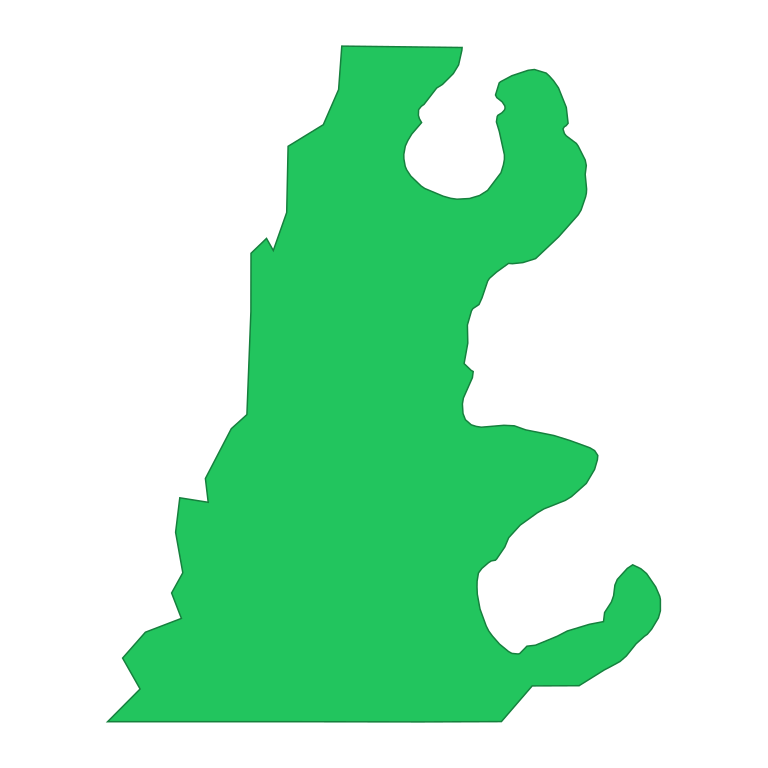 East Carroll, Louisiana, United States of America (Mercator projection)
{"feature_id": "52423323B62370676746754", "entity_name": "East Carroll", "entity_type": "district", "adm_level": 2, "iso_a3": "USA", "parent_name": "United States of America", "parent_adm1": "Louisiana", "projection": "mercator", "projection_center": [-91.146, 32.771], "detail": "fine", "context": "isolated", "style": "filled", "palette": "green", "viewbox_px": 768, "rotation_deg": 0, "n_neighbors": 0, "source": "geoboundaries", "source_scale": "gbopen_adm2", "svg_char_len": 2381}
<svg xmlns="http://www.w3.org/2000/svg" viewBox="0 0 768 768"><path d="M579.2,685.7L579.7,685.3L604.0,670.1L611.2,666.3L620.0,661.5L626.3,656.0L636.1,643.8L644.3,636.4L647.3,634.3L651.6,629.2L658.4,617.9L660.4,610.8L660.4,599.5L659.7,596.2L655.7,586.9L646.6,573.6L640.8,568.7L632.7,564.8L627.3,568.4L617.3,579.4L614.9,585.1L613.6,595.7L611.4,602.0L604.6,612.5L603.5,621.6L589.4,624.3L567.3,631.0L557.3,636.2L535.5,645.2L526.9,646.2L519.8,653.5L518.3,654.0L511.9,653.4L508.5,651.5L499.5,644.1L492.4,636.0L488.8,631.1L486.2,626.0L480.0,609.0L477.3,594.2L477.0,586.9L477.1,581.2L478.4,573.2L479.1,572.1L481.9,568.4L488.5,562.7L491.3,560.9L495.4,560.2L496.7,558.9L504.8,547.0L508.7,537.7L520.2,525.1L537.0,513.0L543.9,508.9L565.3,500.4L571.5,496.6L586.3,483.4L594.6,469.4L597.4,459.8L597.8,455.5L594.7,450.7L590.1,447.9L570.2,440.6L553.9,435.5L525.8,429.9L514.3,425.8L503.9,425.3L481.3,427.2L476.2,426.4L471.2,424.8L465.4,419.7L463.0,413.5L462.4,404.0L463.4,398.0L472.4,377.7L473.2,371.5L471.2,370.4L464.1,363.6L467.8,343.1L467.4,325.0L471.5,310.8L472.9,308.6L479.0,304.5L482.0,297.9L487.7,281.0L489.5,278.3L496.4,272.2L508.5,263.4L512.4,263.7L522.9,262.6L535.6,258.6L558.6,236.9L578.2,214.8L581.1,210.0L585.6,196.8L586.4,193.0L586.4,192.6L586.6,189.1L585.2,174.4L586.3,165.5L585.2,160.0L578.2,146.1L576.4,143.5L566.2,135.8L564.4,133.5L563.0,128.9L564.4,126.7L566.1,125.7L568.1,123.3L566.3,107.4L558.5,87.9L553.5,80.7L549.4,76.1L546.2,73.1L534.4,69.5L528.1,70.3L511.9,75.7L500.6,81.7L499.2,82.9L495.5,95.0L496.8,97.6L502.2,101.9L504.8,105.9L505.1,108.2L504.4,110.1L501.9,112.8L497.9,115.3L497.2,116.5L496.4,121.9L499.3,131.5L504.4,154.8L504.4,159.4L503.4,164.9L501.0,172.7L487.6,190.4L479.6,195.5L469.5,198.5L457.0,199.2L450.7,198.3L443.2,196.2L424.8,188.5L421.1,186.0L410.8,176.1L406.7,169.9L405.2,166.3L403.9,158.9L403.8,154.4L405.3,146.1L407.8,140.6L411.8,134.0L421.6,122.6L419.4,118.7L418.4,115.3L418.6,109.7L421.3,106.3L424.0,104.4L436.7,88.0L442.5,84.4L453.3,73.6L458.6,64.9L461.9,50.2L462.1,47.5L341.8,46.1L338.6,89.6L323.3,124.7L288.1,146.3L286.7,212.5L273.3,250.5L266.5,238.4L251.0,253.3L250.9,311.6L246.9,414.6L231.3,428.7L205.4,478.5L208.2,502.3L179.8,497.8L175.6,532.3L182.8,572.8L171.6,593.0L181.4,618.4L145.4,632.2L122.6,658.1L140.1,689.0L107.6,721.7L291.1,721.7L420.7,721.9L501.4,721.6L532.2,685.9L579.2,685.7Z" fill="#22c55e" stroke="#15803d" stroke-width="1.5"/></svg>